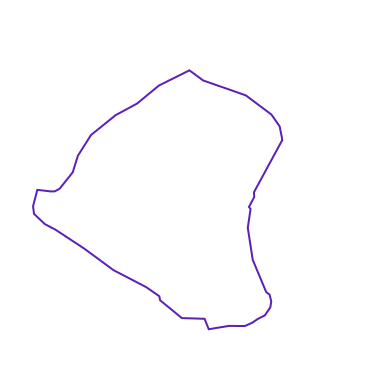 outline of Magdalena Milpas Altas, Sacatepéquez, Guatemala, rotated 214°
{"feature_id": "79465075B1840985123579", "entity_name": "Magdalena Milpas Altas", "entity_type": "district", "adm_level": 2, "iso_a3": "GTM", "parent_name": "Guatemala", "parent_adm1": "Sacatepéquez", "projection": "robinson", "projection_center": [-90.68, 14.541], "detail": "fine", "context": "isolated", "style": "outline", "palette": "violet", "viewbox_px": 384, "rotation_deg": 214, "n_neighbors": 0, "source": "geoboundaries", "source_scale": "gbopen_adm2", "svg_char_len": 709}
<svg xmlns="http://www.w3.org/2000/svg" viewBox="0 0 384 384"><g transform="rotate(214 192 192)"><path d="M279.0,261.7L287.0,234.6L298.3,213.0L307.6,182.8L306.9,158.3L301.9,141.7L303.6,120.6L306.2,115.7L309.6,113.4L317.0,109.6L321.4,107.2L315.8,91.3L310.7,85.5L296.1,83.1L284.5,84.4L249.6,84.8L213.3,83.3L176.9,87.5L160.8,87.3L157.9,84.4L129.9,81.8L110.7,93.9L101.4,87.6L86.8,101.4L73.2,110.5L69.0,117.2L66.4,123.7L62.6,130.4L62.6,140.2L65.1,145.6L70.3,150.3L74.5,150.5L103.7,169.7L125.8,193.6L133.9,210.6L136.4,211.4L137.6,222.6L140.5,226.4L146.2,285.5L148.9,288.4L153.2,292.6L156.0,295.4L169.4,300.6L201.4,302.2L245.1,290.7L262.2,291.4L279.0,261.7Z" fill="none" stroke="#5b21b6" stroke-width="2"/></g></svg>